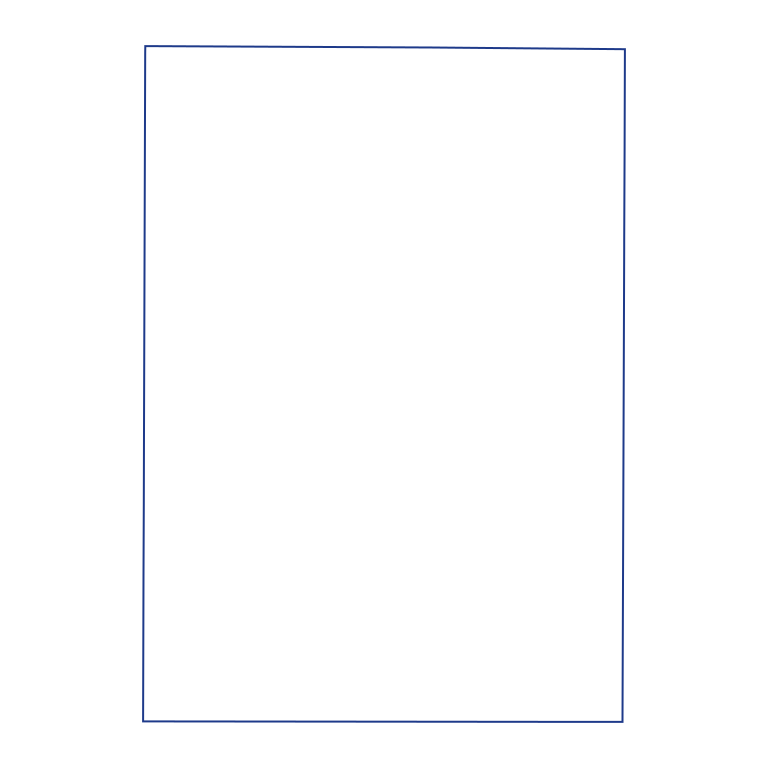 the district of Atreuco, La Pampa, Argentina, rotated 90°
{"feature_id": "61730980B71031057558278", "entity_name": "Atreuco", "entity_type": "district", "adm_level": 2, "iso_a3": "ARG", "parent_name": "Argentina", "parent_adm1": "La Pampa", "projection": "natural_earth1", "projection_center": [-63.75, -37.032], "detail": "fine", "context": "isolated", "style": "outline", "palette": "blue", "viewbox_px": 768, "rotation_deg": 90, "n_neighbors": 0, "source": "geoboundaries", "source_scale": "gbopen_adm2", "svg_char_len": 446}
<svg xmlns="http://www.w3.org/2000/svg" viewBox="0 0 768 768"><g transform="rotate(90 384 384)"><path d="M721.4,624.9L721.9,171.0L721.9,151.7L721.9,146.0L721.9,145.5L720.8,145.5L719.2,145.5L530.2,144.8L248.0,143.8L241.0,143.8L149.6,143.4L52.6,143.1L49.5,143.1L49.2,143.1L49.1,153.5L47.5,335.7L46.1,622.7L51.9,622.8L335.7,623.7L431.0,624.0L504.3,624.2L574.4,624.5L720.0,624.9L721.4,624.9Z" fill="none" stroke="#1e3a8a" stroke-width="2"/></g></svg>